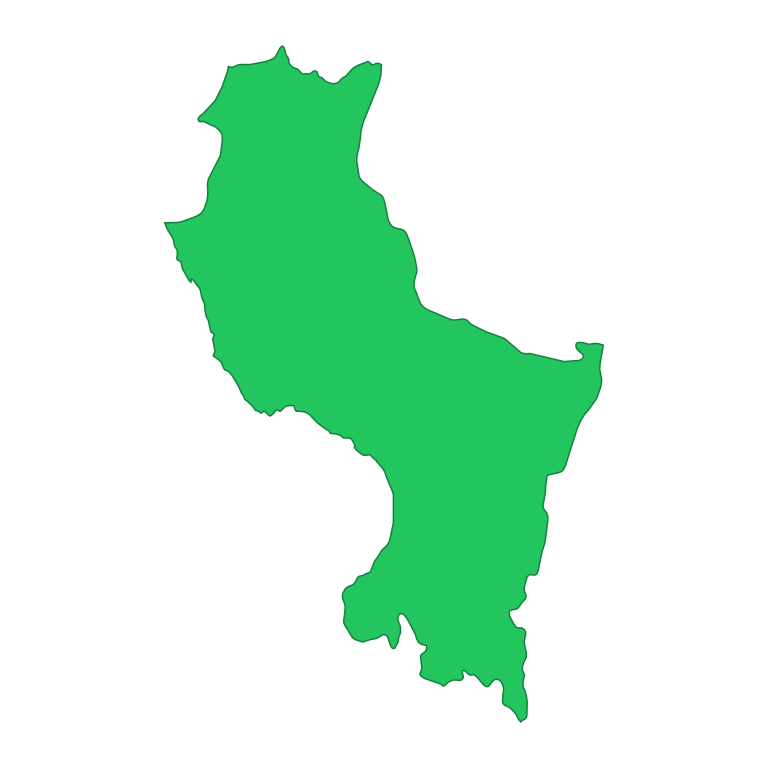 Cusco, Equal Earth projection
{"feature_id": "PER-571", "entity_name": "Cusco", "entity_type": "Department", "adm_level": 1, "iso_a3": "PER", "parent_name": "Peru", "parent_adm1": "", "projection": "equal_earth", "projection_center": [-72.174, -13.267], "detail": "fine", "context": "isolated", "style": "filled", "palette": "green", "viewbox_px": 768, "rotation_deg": 0, "n_neighbors": 0, "source": "natural_earth", "source_scale": "10m", "svg_char_len": 6069}
<svg xmlns="http://www.w3.org/2000/svg" viewBox="0 0 768 768"><path d="M190.8,282.2L189.0,280.3L182.4,268.7L181.5,264.2L180.8,261.8L179.4,260.8L177.3,260.0L176.8,258.1L177.4,253.6L177.2,250.7L176.8,249.5L174.7,246.3L174.1,244.2L173.5,239.9L172.7,237.9L168.0,230.5L164.7,222.8L177.0,222.5L181.4,221.8L195.6,216.6L199.6,214.5L201.7,212.7L204.0,209.1L206.3,203.0L207.1,199.6L207.6,196.0L207.8,192.5L207.4,185.4L208.0,180.5L208.4,179.0L220.2,155.8L220.6,154.4L222.3,140.4L222.2,135.8L221.9,134.2L220.8,132.1L217.5,128.6L215.3,126.9L214.2,126.2L210.6,125.0L204.5,121.7L203.1,121.5L200.3,121.7L199.2,121.4L198.4,120.6L198.2,118.8L198.7,117.5L199.6,116.4L203.7,113.0L215.1,100.7L222.1,87.0L227.5,71.3L228.5,66.5L232.0,67.5L237.5,65.1L240.7,64.5L249.5,64.6L265.3,61.7L270.0,60.1L273.9,58.1L275.0,57.1L275.9,56.0L280.2,47.8L281.2,46.8L282.6,46.1L283.8,47.4L284.5,48.7L285.8,54.0L286.4,55.4L288.1,57.8L288.7,59.1L288.9,62.4L289.5,64.0L292.6,67.2L297.5,69.2L298.6,70.0L301.5,73.3L303.2,74.1L307.1,73.7L308.5,74.0L309.9,73.9L313.4,71.2L315.7,70.9L316.9,71.7L317.6,73.3L318.0,75.1L318.6,76.4L319.6,77.2L321.0,77.2L322.1,77.9L325.0,80.8L327.8,82.4L333.1,83.8L337.3,83.0L338.5,82.1L339.6,81.1L340.4,79.9L342.6,77.9L345.7,76.2L346.7,75.2L351.4,69.9L353.6,67.8L358.0,65.3L366.5,62.1L367.5,61.5L368.5,61.7L372.1,64.7L373.5,64.6L376.7,63.3L379.4,63.6L381.5,64.7L380.9,74.8L378.9,83.3L363.0,122.8L360.9,131.7L360.4,138.0L358.8,148.3L357.6,152.8L356.7,158.9L356.8,161.3L358.9,175.1L359.2,176.7L360.0,178.2L362.2,181.1L372.1,189.4L380.8,195.0L382.5,196.6L383.8,199.3L384.8,202.9L388.2,219.8L389.4,222.4L390.5,224.5L392.0,226.2L395.5,228.2L400.9,229.2L403.7,230.4L405.0,231.5L406.4,233.8L407.4,235.9L410.1,243.3L414.2,255.7L415.9,263.4L416.8,268.7L416.7,272.4L414.6,279.6L414.1,282.5L414.0,286.7L414.9,289.5L416.1,292.0L419.1,300.3L421.1,304.6L424.8,308.1L428.0,310.0L450.7,319.6L453.4,320.0L455.6,320.0L461.9,319.1L464.4,319.2L466.0,319.7L467.3,320.5L470.2,323.5L472.5,325.1L485.3,331.5L503.7,338.2L505.7,339.5L520.8,352.5L522.7,353.3L526.7,353.8L530.0,353.5L564.1,361.6L579.3,360.4L581.7,359.1L583.2,357.4L583.2,355.5L582.2,353.8L579.1,351.3L577.6,349.8L576.4,348.0L575.8,345.9L576.4,343.6L577.6,342.7L579.4,342.4L583.2,342.7L588.9,344.3L595.4,343.4L599.3,343.9L603.3,345.1L600.1,363.3L599.7,369.3L601.6,379.0L601.5,382.7L600.6,387.1L597.5,396.4L595.6,400.0L588.4,410.0L585.0,413.9L582.5,417.6L580.6,420.8L577.0,429.3L565.5,465.4L563.4,469.9L561.9,471.3L558.6,472.7L548.8,474.8L546.9,476.2L545.8,484.5L545.3,492.9L542.9,506.4L543.7,508.7L545.0,510.9L546.6,512.6L547.8,516.3L547.9,520.0L545.1,541.6L544.1,545.4L542.1,551.4L538.0,571.4L536.8,573.9L535.6,575.0L529.3,574.7L527.1,576.9L525.0,584.3L524.1,589.0L524.7,591.7L525.9,594.8L526.1,596.6L525.8,598.1L525.1,599.2L523.0,601.4L518.0,608.0L516.8,609.0L512.3,609.7L510.1,610.4L509.2,612.8L509.6,615.8L510.2,617.2L513.1,622.7L515.2,626.0L516.3,627.1L517.5,627.9L521.9,628.0L524.5,629.8L525.4,631.6L525.7,633.7L524.3,641.1L524.4,643.4L524.8,646.2L526.1,651.6L526.5,654.7L526.3,657.1L523.6,662.8L522.6,665.8L522.4,670.6L524.3,674.0L524.4,675.5L523.3,680.2L523.0,683.7L523.1,686.1L523.5,687.8L524.4,689.2L525.4,692.2L526.4,696.1L527.2,701.7L526.9,714.5L526.6,716.9L525.8,718.5L522.3,720.5L520.8,721.9L518.6,719.4L516.1,714.5L514.2,712.1L510.8,708.6L508.8,707.1L505.5,705.6L503.7,704.4L502.9,703.0L502.5,701.5L502.9,694.6L503.5,691.0L503.5,689.0L503.3,687.0L502.4,684.2L501.5,682.4L500.5,681.1L498.3,679.5L495.9,679.2L494.7,679.6L492.6,681.2L489.2,685.8L488.1,686.5L486.7,686.7L485.0,686.0L483.8,685.1L476.8,676.8L474.9,675.3L473.2,674.6L470.6,675.2L468.7,674.5L464.8,670.7L463.4,670.4L462.5,671.0L462.3,672.5L463.4,676.9L463.0,678.3L462.2,679.4L461.1,680.1L459.7,680.4L455.3,680.0L453.9,680.0L451.1,680.7L448.0,682.4L444.7,685.6L443.6,686.0L442.5,685.6L441.1,684.3L439.8,683.7L424.6,678.5L421.5,676.5L420.0,674.6L420.2,673.0L421.3,670.1L421.9,667.6L420.6,657.6L420.7,655.9L421.3,654.6L422.3,653.7L424.6,652.2L425.5,651.1L426.2,649.9L426.7,648.4L426.9,646.9L426.4,645.7L420.8,644.0L419.3,643.0L418.2,641.9L416.8,639.1L415.2,634.0L407.1,618.7L404.5,615.2L403.0,614.1L400.8,613.5L399.7,614.0L398.8,615.1L398.2,616.6L397.8,618.2L397.8,619.9L398.2,621.4L400.1,625.5L400.5,628.7L400.5,632.1L400.2,633.7L398.7,637.1L398.2,641.9L395.0,647.9L393.8,648.5L392.6,648.3L391.6,647.5L390.9,646.2L389.7,643.3L388.2,638.4L387.6,637.0L386.7,635.8L385.6,635.0L384.0,634.6L382.7,634.8L379.8,636.7L377.2,638.1L374.2,638.9L370.9,639.4L362.8,642.0L355.1,639.6L352.2,637.3L344.7,624.9L344.0,623.3L343.7,621.8L343.7,620.4L344.2,617.4L345.0,610.5L345.2,606.5L345.0,604.7L342.7,598.7L342.4,597.1L342.4,595.3L342.7,593.7L344.2,590.6L345.4,588.8L346.7,587.5L348.4,586.5L351.2,585.5L353.2,584.4L355.2,582.2L356.2,580.5L356.9,578.7L357.8,577.3L359.1,576.3L363.7,575.2L365.4,574.0L369.6,572.5L370.7,571.2L374.0,562.6L375.2,560.3L378.1,556.4L381.9,550.2L386.9,545.5L388.5,543.0L389.8,539.9L393.4,522.6L393.4,494.3L391.7,489.6L389.7,485.1L386.4,476.8L385.1,472.8L383.3,469.3L376.8,461.6L375.7,459.9L374.8,459.5L371.0,455.7L370.4,454.8L364.3,455.4L362.5,454.8L357.8,451.4L355.6,449.2L354.2,447.0L355.1,445.8L352.6,440.9L351.2,438.8L349.5,438.0L344.6,438.0L343.0,437.7L340.8,435.6L336.2,433.9L331.2,433.5L329.9,433.0L329.0,430.6L326.6,429.7L317.8,423.2L309.7,414.8L305.8,412.2L301.3,411.4L296.3,411.2L295.7,410.6L295.0,409.3L294.5,407.6L294.2,406.1L293.6,405.7L290.4,405.5L286.3,406.1L284.6,407.1L280.9,410.8L280.1,411.2L279.3,411.1L277.6,410.1L276.0,410.6L275.1,411.2L273.0,414.0L270.2,416.0L268.1,414.8L266.1,412.5L263.8,411.2L261.3,413.2L260.5,412.8L259.4,411.8L255.1,410.1L254.2,408.4L250.9,404.4L245.1,399.6L244.2,398.3L243.7,396.1L241.4,392.9L238.3,385.7L232.0,375.4L228.5,371.4L224.6,369.7L223.9,368.7L221.3,362.4L219.6,360.5L215.4,357.4L213.4,356.2L213.4,355.1L215.1,351.5L212.7,338.8L213.8,336.0L214.3,335.5L214.0,334.4L213.2,333.2L211.0,332.1L210.5,330.5L208.7,322.1L207.9,319.3L206.4,316.9L205.1,310.9L204.7,305.0L204.2,302.9L202.4,299.1L201.5,296.3L200.5,290.6L199.5,288.4L193.5,280.4L191.5,278.8L190.8,282.2Z" fill="#22c55e" stroke="#15803d" stroke-width="1.5"/></svg>